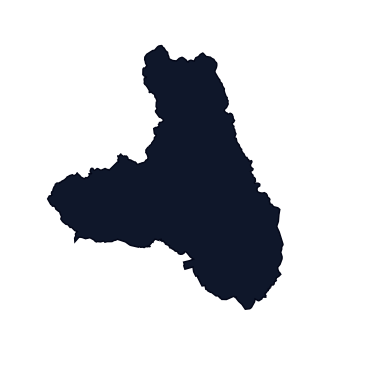 outline of Mueang Lampang, Lampang, Thailand, rotated 311°
{"feature_id": "78962969B84818875496031", "entity_name": "Mueang Lampang", "entity_type": "district", "adm_level": 2, "iso_a3": "THA", "parent_name": "Thailand", "parent_adm1": "Lampang", "projection": "natural_earth1", "projection_center": [99.504, 18.394], "detail": "fine", "context": "isolated", "style": "filled", "palette": "ink", "viewbox_px": 384, "rotation_deg": 311, "n_neighbors": 0, "source": "geoboundaries", "source_scale": "gbopen_adm2", "svg_char_len": 6042}
<svg xmlns="http://www.w3.org/2000/svg" viewBox="0 0 384 384"><g transform="rotate(311 192 192)"><path d="M173.7,115.0L173.4,114.2L173.9,113.6L173.8,113.3L171.3,113.4L170.5,112.4L170.1,112.8L170.1,113.6L169.1,114.3L168.6,115.1L168.0,115.0L167.7,115.6L167.4,115.3L167.0,116.3L166.4,116.8L165.7,116.1L154.1,115.2L153.9,114.0L153.3,113.3L152.7,111.0L149.4,109.5L148.4,108.6L147.9,105.8L147.4,105.0L145.1,104.6L144.2,104.0L144.2,103.0L144.7,101.7L144.0,100.7L143.3,100.5L141.0,101.4L139.9,104.0L139.3,103.7L138.6,102.5L138.2,102.3L137.6,103.4L136.9,103.9L134.2,103.9L133.1,102.3L131.6,102.2L131.0,101.0L130.4,98.4L130.8,96.4L130.7,94.6L131.0,92.9L130.5,92.8L129.6,93.2L127.6,92.7L126.7,91.8L126.5,90.4L123.7,88.7L123.1,88.8L121.5,87.9L120.3,88.1L117.5,87.8L114.2,86.5L113.4,86.6L112.3,85.9L111.6,86.3L111.0,85.1L109.7,84.0L108.9,84.1L108.3,83.8L106.4,84.7L105.3,84.6L102.8,85.5L101.3,86.4L99.9,86.1L98.7,86.9L97.8,88.3L96.5,87.9L95.4,86.9L92.1,87.6L90.0,93.5L90.2,94.6L89.8,95.7L89.9,96.2L90.9,97.1L91.0,97.7L90.9,98.6L89.8,100.5L89.9,103.8L90.3,105.0L88.8,107.5L87.9,109.7L85.6,110.7L84.8,113.8L84.9,117.9L86.0,119.8L85.3,123.2L86.4,124.5L86.0,128.8L86.9,131.4L84.3,131.4L83.5,131.9L82.8,133.0L80.2,133.7L77.6,136.3L83.4,136.3L84.4,136.9L85.7,139.0L86.9,142.2L90.6,145.0L91.5,149.3L91.3,151.4L91.6,152.6L92.5,153.0L94.5,155.8L96.7,157.2L97.1,157.9L97.0,159.2L98.8,160.4L101.5,163.5L102.4,164.3L104.1,164.8L105.6,166.0L107.4,166.7L110.7,174.5L111.2,179.8L111.7,181.1L115.3,187.8L116.6,188.5L116.6,189.5L118.0,190.8L118.7,192.3L120.7,193.0L121.2,194.1L121.9,194.0L122.1,194.8L122.4,194.9L123.0,196.0L123.4,196.0L123.5,194.7L126.5,194.9L127.9,194.6L128.4,195.5L129.5,195.0L132.0,195.0L132.8,196.2L133.5,198.3L134.6,198.6L135.8,199.6L134.8,200.0L135.6,200.6L135.1,201.7L136.3,202.5L135.7,204.7L136.2,205.7L135.3,206.3L136.7,210.1L136.0,210.4L135.4,212.2L136.2,212.9L136.1,214.4L136.5,215.7L136.4,218.0L137.6,220.3L136.9,221.4L136.7,222.4L137.4,224.1L138.7,225.4L139.4,225.3L139.7,225.8L140.6,225.7L141.0,226.1L141.8,225.6L142.6,225.9L142.9,228.0L141.9,233.4L142.2,234.9L142.0,235.9L142.3,237.1L138.8,235.4L133.6,231.7L132.1,234.1L131.4,233.9L130.9,234.3L129.1,237.3L136.1,241.9L132.9,245.6L131.0,250.1L132.3,251.2L132.3,251.8L131.9,251.7L131.4,252.2L127.7,261.2L130.0,263.2L127.7,266.2L128.2,268.1L127.8,268.8L128.4,271.6L129.1,272.8L129.3,277.9L129.5,278.5L130.0,278.7L130.6,279.6L130.5,281.0L131.0,281.6L130.4,282.4L130.6,283.0L130.5,284.9L133.5,288.5L140.1,291.6L140.8,292.4L140.8,293.2L141.5,294.1L140.9,294.2L141.1,294.8L140.8,295.2L140.1,299.0L140.0,303.4L138.5,309.1L141.9,312.2L143.8,312.6L150.0,311.3L152.7,309.7L153.4,313.2L153.8,313.8L157.1,314.8L158.4,314.4L159.3,314.5L160.9,316.5L161.2,316.2L161.4,316.4L161.8,315.8L162.3,315.7L162.8,313.9L163.3,313.6L164.0,314.0L164.5,313.7L164.9,314.0L167.4,313.7L167.7,314.1L168.7,313.4L169.0,313.8L169.9,313.5L170.4,313.9L171.4,313.3L172.1,313.7L173.6,312.8L175.3,314.3L176.3,314.3L178.3,313.1L179.9,313.7L180.6,313.6L180.8,312.8L182.7,312.0L185.3,312.8L188.1,313.0L188.7,310.9L188.6,310.0L190.0,307.4L191.5,306.0L195.1,305.9L200.6,303.8L202.2,302.5L204.7,298.5L207.5,297.3L209.5,295.7L211.5,295.4L212.2,295.0L219.0,284.0L220.9,279.8L221.8,278.4L226.4,276.5L231.8,272.5L236.4,269.7L236.4,267.1L234.4,263.2L235.0,260.3L234.2,259.1L235.8,256.4L237.5,255.6L237.9,254.6L237.7,252.6L239.0,250.6L239.4,249.2L239.0,247.1L237.4,245.9L236.4,244.6L235.5,242.5L235.3,241.0L236.7,239.2L238.0,238.5L238.6,238.4L241.0,239.1L242.2,238.2L242.4,237.8L242.0,236.1L239.7,233.5L239.8,233.0L240.4,232.7L241.7,232.8L243.5,231.0L243.8,229.6L243.4,228.1L244.7,227.0L244.7,225.3L245.8,222.7L248.2,223.4L248.9,223.2L249.5,222.9L249.4,220.3L250.2,218.9L251.0,218.2L253.9,217.5L254.5,216.9L254.6,216.3L253.3,215.4L252.9,214.4L253.4,213.7L253.3,212.6L254.1,210.8L253.4,209.8L253.5,209.0L254.9,206.0L254.8,204.8L255.2,204.0L255.3,202.8L256.8,201.4L256.7,200.7L257.4,198.2L258.5,196.7L258.8,194.3L259.6,192.2L260.2,191.8L261.4,190.2L260.9,188.4L264.7,187.0L265.4,185.3L267.1,183.2L267.5,181.6L269.1,180.5L269.0,179.0L269.8,177.9L270.8,177.0L271.7,177.6L273.8,177.2L274.3,175.4L275.0,174.3L275.7,173.7L276.1,172.7L276.7,172.0L276.9,170.4L276.4,169.1L275.0,168.6L274.2,167.6L274.6,166.6L274.1,165.8L274.3,163.2L275.9,162.3L278.3,162.6L282.1,161.6L283.3,160.1L284.5,159.4L284.9,157.7L286.4,156.5L286.3,155.4L288.2,151.8L289.6,149.7L291.1,148.7L292.0,145.5L293.5,143.4L293.7,140.6L294.7,139.7L295.2,137.1L297.4,130.7L298.7,129.7L301.8,128.8L303.6,127.8L305.0,126.6L305.6,125.6L305.6,123.9L306.4,121.5L305.8,119.0L305.8,117.5L303.5,113.7L304.0,109.5L303.8,108.9L301.1,108.0L298.4,108.1L295.9,106.8L292.2,107.7L291.4,106.3L291.1,105.3L290.4,104.4L289.0,103.7L287.5,103.8L287.3,102.8L287.7,101.2L287.5,97.6L287.1,96.1L284.6,94.7L280.7,94.3L278.5,91.1L277.5,87.4L278.9,85.6L279.9,83.6L281.4,81.9L281.3,79.5L282.3,76.5L282.0,74.9L282.6,73.9L282.4,72.8L280.4,71.2L278.9,70.8L274.4,70.8L272.9,69.5L266.2,67.5L262.9,67.9L260.8,69.5L260.0,71.0L258.8,72.4L257.7,75.1L254.7,75.2L253.8,74.2L252.6,74.4L248.4,77.9L248.2,79.7L248.8,82.2L248.1,82.3L247.2,81.5L246.7,81.4L245.6,82.0L243.9,83.9L242.8,84.5L242.3,85.8L242.4,87.0L241.8,89.8L240.6,93.3L239.2,94.4L239.4,94.9L240.7,95.5L240.7,98.0L241.1,99.7L239.4,101.8L239.1,103.6L238.1,105.1L238.0,106.3L236.5,106.1L232.8,109.0L232.3,110.8L230.4,111.3L229.4,111.2L228.6,112.0L227.1,118.3L227.8,119.7L227.9,122.5L227.1,123.7L224.8,123.4L223.1,121.9L222.3,122.5L221.1,122.3L220.5,123.7L218.4,123.8L218.3,123.3L217.3,123.2L217.3,122.7L216.7,122.1L214.8,121.5L211.6,125.1L211.3,126.0L211.7,127.2L210.7,128.0L208.3,128.0L206.8,129.2L202.5,129.5L201.4,130.1L198.9,129.6L197.5,129.9L196.7,129.4L193.4,129.7L192.5,130.7L191.7,131.0L190.8,133.8L189.4,136.0L187.6,137.2L185.8,136.4L183.8,136.7L182.6,136.3L180.9,135.0L180.0,134.7L179.4,134.1L177.3,133.1L176.9,131.7L177.3,130.8L177.4,129.6L176.8,128.7L176.3,126.6L175.9,126.1L176.1,125.7L175.9,124.8L174.8,122.9L174.9,122.2L175.9,120.6L176.1,119.0L175.2,118.3L175.2,117.7L173.8,116.8L173.7,115.0Z" fill="#0f172a" stroke="#020617" stroke-width="1.5"/></g></svg>